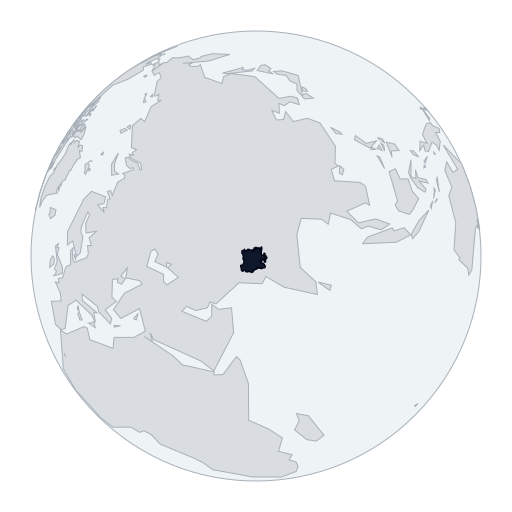 globe centered on Rajasthan, rotated 309°
{"feature_id": "IND-3250", "entity_name": "Rajasthan", "entity_type": "State", "adm_level": 1, "iso_a3": "IND", "parent_name": "India", "parent_adm1": "", "projection": "orthographic", "projection_center": [75.292, 26.62], "detail": "fine", "context": "on_globe", "style": "filled", "palette": "ink", "viewbox_px": 512, "rotation_deg": 309, "n_neighbors": 0, "source": "natural_earth", "source_scale": "10m", "svg_char_len": 15490}
<svg xmlns="http://www.w3.org/2000/svg" viewBox="0 0 512 512"><g transform="rotate(309 256 256)"><circle cx="256" cy="256" r="225" fill="#eef3f6" stroke="#a8b0b8"/><path d="M319.2,39.8L329.9,43.8L340.5,47.8L333.7,45.6L357.6,55.6L369.6,62.9L352.5,53.4L348.1,51.7L354.5,55.6L351.4,54.7L352.7,56.3L348.3,55.2L338.6,50.4L335.6,49.8L340.4,52.7L339.0,53.9L332.5,49.6L329.4,51.4L312.6,45.2L298.7,37.2L285.9,35.2L262.3,31.4L260.9,31.7L251.1,31.4L245.9,31.9L243.0,31.7L241.4,32.4L245.0,32.6L245.5,33.2L242.8,33.7L238.6,33.2L239.3,32.9L236.7,33.1L235.8,32.7L234.7,33.2L230.0,33.0L230.5,34.1L223.3,34.7L221.3,34.4L226.9,33.2L233.1,31.9L250.4,30.8L267.8,31.0L285.2,32.6L302.3,35.5L319.2,39.8ZM205.6,36.4L209.1,35.7L202.5,37.4L193.3,39.8L188.7,41.0L184.5,42.4L184.1,42.8L171.0,47.4L154.4,54.9L152.8,55.7L169.8,47.9L187.5,41.4L205.6,36.4ZM348.8,51.3L344.9,49.4L349.7,51.6L348.8,51.3ZM353.6,56.8L355.7,57.7L355.5,58.2L353.6,56.8ZM212.4,35.0L210.8,35.3L210.7,35.3L212.4,35.0ZM216.2,34.3L217.2,34.1L219.1,33.8L218.5,33.9L216.2,34.3ZM348.6,57.1L347.6,57.9L347.0,56.2L348.6,57.1ZM214.5,34.8L222.5,33.3L225.8,32.8L226.1,33.1L214.5,34.8ZM346.0,57.9L343.7,60.6L348.2,62.7L334.2,58.8L340.8,57.4L339.2,54.8L342.7,57.0L346.0,57.9ZM247.4,32.5L243.3,32.3L249.2,32.1L247.4,32.5ZM251.0,32.3L268.3,32.0L272.9,33.0L266.2,32.7L274.1,34.1L267.8,34.6L262.0,34.0L260.3,33.1L259.2,34.1L251.0,32.3ZM326.9,56.6L324.9,56.8L325.1,55.7L326.9,56.6ZM246.1,33.4L249.2,33.0L253.4,33.8L248.0,34.6L248.4,34.1L246.1,33.4ZM279.2,34.3L281.4,35.3L276.9,35.9L277.1,36.5L268.0,34.7L279.2,34.3ZM246.0,34.2L245.1,35.1L240.6,35.3L243.4,33.8L246.0,34.2ZM256.8,33.7L258.5,34.2L255.8,34.2L256.8,33.7ZM224.3,37.4L227.9,36.5L230.4,36.8L224.3,37.4ZM245.0,35.5L246.6,35.4L248.0,35.5L246.4,36.2L245.0,35.5ZM265.5,35.5L263.1,35.7L268.9,36.2L265.8,37.0L260.3,35.8L261.3,36.7L260.4,36.9L257.0,35.7L265.5,35.5ZM249.1,37.4L241.0,36.7L233.8,38.0L231.4,37.7L243.5,35.8L249.1,37.4ZM254.0,36.5L250.4,36.9L249.2,36.1L251.0,35.4L254.0,36.5ZM265.6,38.1L271.9,37.1L272.8,37.5L265.6,38.1ZM247.2,37.9L249.2,38.1L246.8,38.1L247.2,37.9ZM260.2,38.1L262.3,37.6L263.3,38.0L260.2,38.1ZM251.4,39.0L248.8,38.7L249.9,38.0L251.4,39.0ZM255.6,38.7L256.6,39.4L251.9,38.0L256.4,38.4L255.6,38.7ZM260.9,38.5L262.2,38.6L259.8,38.7L260.9,38.5ZM248.7,41.9L242.5,40.4L244.9,38.8L250.6,40.5L248.7,41.9ZM32.6,237.2L38.4,199.8L41.9,191.0L47.1,177.2L75.3,150.8L76.2,157.9L92.7,166.7L93.8,170.2L86.4,179.5L94.3,203.0L103.4,196.9L116.0,212.4L128.0,217.2L141.9,198.6L122.4,190.3L124.5,179.0L144.5,177.1L162.3,185.3L163.7,181.2L157.0,168.5L165.8,163.4L155.2,163.6L156.0,168.7L149.5,169.3L148.3,164.8L151.5,163.0L147.4,159.2L133.5,169.8L132.8,176.1L119.3,172.6L116.9,183.0L111.6,185.6L113.6,169.1L117.0,164.4L117.0,144.7L112.2,149.1L111.9,168.3L109.9,165.6L103.5,172.8L106.8,165.2L108.4,144.1L99.3,141.0L79.6,153.3L76.0,151.0L76.7,143.3L92.0,125.4L98.4,132.8L103.9,127.5L109.6,116.4L111.0,119.9L114.1,116.6L117.2,119.3L128.4,115.1L132.6,117.3L143.6,108.5L147.2,108.7L139.7,113.7L136.7,118.7L147.8,125.3L151.9,124.5L158.2,118.5L160.5,121.5L165.1,114.9L174.8,116.5L166.9,109.4L174.1,103.2L183.5,100.7L184.4,97.6L169.1,101.8L164.2,104.8L162.3,109.2L147.8,117.5L142.6,116.9L152.3,104.2L145.9,102.4L156.3,94.2L191.5,86.4L202.8,87.5L207.4,102.0L201.0,104.8L196.1,100.8L194.5,110.1L197.5,106.6L199.4,109.5L206.8,105.1L208.5,106.9L212.6,99.9L215.5,101.6L212.8,106.1L226.1,102.0L233.9,104.9L236.1,103.2L236.3,100.6L246.1,106.5L247.3,105.1L244.5,102.5L245.1,98.0L249.9,92.7L253.0,95.0L251.7,97.2L253.6,105.9L249.7,112.0L251.4,112.5L255.6,107.8L253.3,97.2L255.3,93.4L257.4,98.0L256.7,96.0L258.7,94.9L263.6,96.2L261.8,91.0L279.3,78.0L290.5,79.9L290.4,85.0L306.0,80.5L317.5,84.4L314.9,81.8L320.6,78.8L317.1,77.4L316.3,76.1L329.4,69.4L334.9,70.1L337.6,65.6L336.3,64.5L332.4,63.5L334.2,58.8L348.2,62.7L350.4,65.0L357.6,66.4L361.8,71.8L368.6,77.3L369.0,83.4L374.4,87.8L376.6,87.9L385.5,94.5L396.2,108.8L377.8,96.6L359.8,77.9L366.3,85.1L362.0,83.5L362.5,86.3L367.3,91.8L369.7,92.3L362.6,103.7L368.5,120.9L375.1,118.0L382.1,121.8L394.6,142.1L392.9,174.7L402.3,182.7L404.8,189.0L400.9,194.4L397.1,185.3L390.6,183.4L389.1,177.8L381.6,184.3L379.1,176.6L374.5,186.1L379.4,191.6L386.9,188.1L384.0,200.4L395.3,209.2L399.7,222.1L391.2,248.7L377.8,259.0L377.6,263.4L370.7,259.9L363.9,269.7L378.7,290.6L379.1,297.3L366.9,312.4L366.2,307.6L347.9,298.4L346.2,314.7L360.1,325.6L365.0,339.8L355.0,336.8L349.9,324.4L343.4,320.7L343.9,306.8L336.3,287.0L326.1,292.1L325.8,283.7L313.7,267.5L298.4,274.2L275.0,297.5L273.6,318.8L264.7,328.0L249.4,297.5L246.3,276.6L238.3,278.2L224.5,259.6L193.6,255.1L191.4,249.2L185.1,250.8L175.7,243.5L173.1,233.8L166.4,233.1L174.0,258.6L181.4,259.5L190.5,252.0L191.0,260.6L200.4,269.5L182.3,286.9L140.1,295.6L139.7,279.3L126.5,228.8L128.9,224.3L129.0,223.8L129.1,222.7L124.1,229.6L123.1,219.9L126.2,253.9L125.1,267.3L139.5,296.4L137.2,298.3L143.0,304.9L165.7,304.1L165.1,309.3L152.1,330.4L123.7,353.7L129.6,375.0L131.2,391.1L118.3,396.4L124.3,409.1L118.3,410.2L121.2,416.7L119.1,421.0L113.9,422.8L99.8,414.6L95.1,408.4L82.2,392.5L62.6,356.7L62.1,344.9L59.2,332.8L49.5,300.2L51.3,287.0L49.7,278.9L45.7,276.5L44.3,266.7L42.3,264.0L32.9,252.5L32.6,237.2ZM59.8,168.1L57.6,171.9L59.8,168.1ZM177.5,205.0L190.6,209.1L191.2,194.8L196.3,195.4L194.6,190.5L191.1,193.8L188.0,180.9L196.0,178.7L197.7,172.9L193.3,171.4L179.2,177.7L183.6,195.7L177.9,200.2L177.5,205.0ZM128.2,97.9L127.0,101.1L122.4,104.0L117.2,102.8L123.7,98.5L128.2,97.9ZM126.3,105.2L137.5,93.9L141.2,94.7L137.2,96.0L138.5,97.7L132.5,100.4L125.1,113.0L120.7,116.4L113.4,111.4L118.3,110.9L119.2,107.5L126.3,105.2ZM159.4,69.0L164.3,65.6L166.0,71.5L161.3,74.1L155.7,72.7L158.1,68.8L159.4,69.0ZM213.5,36.3L215.2,35.7L216.4,35.7L215.8,36.2L213.5,36.3ZM225.8,37.0L207.0,39.4L208.1,38.7L195.8,41.7L193.8,41.2L201.8,39.1L191.1,41.3L197.5,39.2L190.0,41.1L208.0,36.5L213.4,35.2L208.2,36.8L209.8,37.2L212.2,37.0L222.8,35.7L235.1,33.7L238.8,34.4L238.1,35.4L235.7,36.0L234.1,35.2L232.0,36.5L227.8,36.0L225.8,37.0ZM227.6,54.9L226.8,52.4L221.9,57.6L217.7,56.0L217.4,56.7L212.2,56.8L205.4,58.3L204.3,57.2L202.1,58.3L198.6,58.6L195.2,59.9L192.1,58.6L187.7,60.2L188.7,58.7L182.0,61.9L185.5,59.0L181.4,59.6L180.1,62.0L171.3,55.0L164.8,55.2L157.5,57.3L164.6,52.9L176.0,48.6L188.4,45.6L193.6,46.4L195.9,44.6L199.0,44.6L195.9,46.0L202.6,43.9L204.4,44.4L215.4,43.5L223.9,40.9L228.2,40.8L225.7,42.1L231.7,41.1L229.9,43.6L232.9,43.7L234.1,46.6L227.7,49.5L231.5,49.4L232.6,51.9L227.6,54.9ZM248.8,42.8L242.0,45.9L236.3,46.8L236.5,41.5L234.1,41.1L234.0,38.4L242.2,37.4L241.4,38.2L242.6,38.8L239.6,38.8L242.9,39.3L242.0,40.5L244.4,41.2L241.5,42.0L248.8,42.8ZM98.5,168.0L100.0,169.8L103.1,171.3L99.1,176.1L98.5,168.0ZM99.2,153.6L101.1,154.1L96.9,161.1L95.4,159.5L99.2,153.6ZM105.6,148.8L101.5,153.6L102.8,150.1L105.6,148.8ZM141.8,114.0L144.2,114.4L143.0,116.0L140.1,117.7L141.8,114.0ZM212.3,72.1L212.7,70.0L214.3,69.7L219.4,65.6L222.9,66.8L221.2,69.8L212.3,72.1ZM136.6,200.7L131.1,203.2L130.2,200.5L132.3,200.2L136.6,200.7ZM112.7,189.4L116.5,194.6L111.5,190.7L112.7,189.4ZM217.0,72.7L218.7,70.8L219.4,72.6L217.0,72.7ZM225.7,67.5L227.1,69.3L223.9,66.5L225.7,67.5ZM239.5,473.4L243.3,474.6L239.4,474.5L239.5,473.4ZM164.8,397.3L159.5,421.6L150.1,419.3L145.2,410.9L145.1,395.5L155.0,393.3L159.1,386.7L164.8,397.3ZM409.4,361.4L414.2,360.6L413.9,361.5L409.4,361.4ZM404.5,360.1L410.2,358.5L403.3,362.3L404.5,360.1ZM412.4,357.8L418.2,354.1L420.7,351.7L420.1,353.8L412.4,357.8ZM400.5,361.4L377.5,367.1L368.1,366.8L370.6,363.0L385.9,360.4L400.5,361.4ZM369.8,363.0L355.0,356.4L332.7,331.2L340.7,330.7L363.7,344.3L362.3,347.5L371.2,353.3L369.8,363.0ZM404.5,337.1L403.0,346.3L390.6,348.9L384.8,349.0L380.9,338.6L383.1,332.2L388.0,331.2L405.2,306.4L411.5,309.4L406.6,319.5L411.6,325.8L404.5,337.1ZM274.8,320.7L280.7,332.9L275.7,335.1L274.8,320.7ZM410.9,290.0L404.8,301.0L410.0,287.2L410.9,290.0ZM413.3,277.6L414.3,282.0L411.0,278.5L413.3,277.6ZM378.6,269.8L373.5,272.0L372.8,268.8L378.9,264.1L378.6,269.8ZM403.0,233.1L405.1,242.8L404.9,246.3L401.5,241.2L403.0,233.1ZM249.4,84.2L238.4,88.2L232.8,92.8L233.3,97.6L227.9,93.0L236.5,85.9L249.4,84.2ZM275.3,78.3L274.8,74.7L278.1,75.6L278.7,76.5L275.3,78.3ZM272.8,76.7L266.3,73.7L268.1,71.3L272.8,74.0L272.8,76.7ZM241.3,72.2L237.8,73.2L237.3,71.5L241.3,72.2ZM418.1,412.4L417.3,413.2L421.5,407.7L417.7,411.5L423.8,404.5L417.1,411.7L418.6,408.4L415.3,409.3L381.1,432.4L375.1,433.4L379.8,428.3L380.7,416.0L382.9,415.6L385.4,406.0L407.5,390.4L424.2,367.9L432.8,364.9L441.5,348.7L449.2,345.0L444.8,356.6L450.4,358.0L460.1,331.7L457.6,352.4L457.6,356.2L454.9,361.8L444.2,379.8L431.9,396.7L418.1,412.4ZM421.2,358.1L428.3,348.8L431.7,346.8L421.2,358.1ZM477.2,298.8L477.0,299.5L477.3,298.1L477.2,298.8ZM477.9,295.0L478.2,293.3L478.0,294.4L477.9,295.0ZM477.8,293.7L477.8,295.3L477.7,294.4L477.8,293.7ZM477.4,295.3L477.1,295.1L477.2,294.4L477.4,295.3ZM468.4,311.1L470.3,318.0L467.6,321.1L465.1,317.9L461.1,327.0L453.4,331.8L455.8,326.5L455.2,321.1L445.9,324.3L444.1,321.3L447.7,316.6L441.0,316.9L448.5,311.2L451.1,318.0L455.1,309.1L461.1,306.6L466.2,305.2L469.5,307.8L468.4,311.1ZM447.6,329.5L448.8,328.8L447.5,331.9L447.6,329.5ZM476.4,292.8L476.9,295.1L476.7,296.3L476.3,296.6L476.4,292.8ZM470.4,305.5L474.2,294.6L474.9,293.7L472.2,304.2L470.4,305.5ZM473.7,291.1L475.1,290.1L475.6,293.0L475.2,294.4L473.7,291.1ZM432.6,329.5L432.1,331.9L430.1,331.0L432.6,329.5ZM435.3,326.9L441.3,326.5L434.7,329.1L435.3,326.9ZM415.0,326.7L417.0,331.5L423.5,325.6L418.6,332.5L422.5,339.9L420.9,343.9L417.0,335.7L414.9,346.3L412.0,347.1L410.8,339.0L414.0,327.4L416.9,322.0L428.4,315.9L415.0,326.7ZM435.4,320.2L433.8,314.4L434.9,309.6L436.8,312.2L435.4,320.2ZM428.0,300.8L422.7,295.0L418.5,299.6L426.4,285.6L430.3,293.5L428.0,300.8ZM422.5,285.6L418.6,289.8L422.2,282.0L422.5,285.6ZM417.3,287.6L416.1,282.4L419.6,281.9L417.3,287.6ZM424.7,285.1L424.3,275.7L426.6,280.4L424.7,285.1ZM413.0,270.9L421.4,277.2L411.6,276.7L408.2,259.3L412.1,257.5L413.0,270.9ZM416.3,192.5L413.6,188.0L416.4,185.5L417.4,189.3L416.3,192.5ZM422.9,175.0L416.3,183.5L410.5,190.9L413.7,192.3L414.9,201.3L408.6,194.9L410.5,183.6L415.4,179.6L413.4,172.3L415.3,166.0L410.6,157.9L410.5,153.6L416.3,159.8L422.9,175.0ZM408.3,154.7L400.9,140.2L407.3,139.8L410.4,142.8L411.1,149.5L407.7,149.3L408.3,154.7ZM401.0,136.7L397.5,136.6L379.4,118.7L377.1,114.9L394.4,127.4L392.1,128.1L395.4,132.8L401.0,136.7ZM327.0,57.9L325.1,56.9L327.5,57.4L327.0,57.9ZM314.2,75.4L313.6,73.6L316.5,74.0L314.2,75.4ZM313.3,69.0L310.5,69.8L312.1,67.9L313.3,69.0ZM304.4,72.0L308.7,69.7L306.5,73.4L304.4,72.0Z" fill="#d9dde1" stroke="#a8b0b8" stroke-width="1"/><path d="M242.5,250.9L243.0,250.9L244.1,250.6L244.2,250.0L244.3,249.9L244.6,249.5L245.1,249.1L245.3,248.7L245.5,247.9L245.9,247.4L247.8,246.5L247.9,246.4L249.0,244.5L249.5,243.0L250.1,242.6L250.7,242.5L251.4,242.0L251.4,241.9L251.5,241.9L251.5,242.1L251.3,242.6L251.2,242.8L253.4,242.9L253.3,243.0L253.5,243.2L253.5,243.3L253.2,243.4L253.2,243.6L253.3,243.7L253.6,243.6L253.5,244.3L253.7,244.6L253.6,244.8L253.4,244.9L253.7,245.3L253.8,245.3L253.8,245.2L254.2,245.2L254.4,245.1L254.7,245.2L254.9,245.5L255.1,245.5L255.3,245.7L255.6,245.6L255.9,245.6L256.1,245.5L256.3,245.6L256.4,245.9L256.3,246.0L256.5,246.6L256.8,246.7L256.8,246.8L256.7,246.9L257.0,248.0L257.4,248.5L257.7,248.7L257.7,248.9L257.8,248.9L258.1,249.0L258.3,249.2L258.7,249.9L258.3,250.1L258.5,250.1L258.3,250.6L258.2,250.7L258.2,250.8L258.4,251.0L258.9,251.1L259.1,251.3L259.2,251.2L259.1,250.9L259.0,250.4L259.3,250.2L259.5,250.4L259.6,250.2L259.5,249.9L260.0,249.9L260.1,250.1L260.0,250.3L260.3,250.4L260.3,250.6L260.5,250.5L260.7,250.2L261.1,249.9L261.2,249.7L261.4,249.6L261.7,249.9L261.7,250.0L261.6,250.3L261.7,251.1L261.6,251.3L261.6,251.5L261.6,251.8L261.9,251.8L262.0,251.6L262.1,251.4L262.3,251.3L262.5,251.2L262.6,251.3L262.7,251.2L262.7,251.3L262.8,251.3L263.0,251.6L263.1,251.8L263.1,252.0L263.1,252.3L263.4,252.6L263.5,252.9L263.9,253.1L264.1,253.1L264.1,253.3L264.3,253.6L264.2,253.7L264.1,253.8L263.8,254.0L263.7,254.1L263.8,254.2L263.9,254.3L264.1,254.3L264.2,254.2L264.3,254.4L264.5,254.3L263.5,254.9L263.4,255.0L263.4,255.3L263.5,255.3L263.6,255.1L263.8,255.1L264.2,254.9L264.5,254.7L265.0,254.8L265.1,254.7L265.4,254.8L265.5,254.9L265.7,254.7L265.9,254.6L266.1,254.6L266.3,254.6L266.2,254.9L266.2,255.1L265.9,255.2L265.9,255.4L265.8,255.6L265.6,255.6L265.2,255.7L265.1,255.9L264.9,256.0L264.6,256.2L264.5,256.4L264.2,256.5L263.8,256.7L263.6,256.7L263.5,256.9L263.2,257.0L262.8,257.4L262.5,257.5L262.4,257.5L262.1,257.7L262.0,257.9L261.7,258.0L261.4,258.3L261.3,258.5L261.1,258.7L260.8,258.7L260.7,258.9L260.4,259.0L260.3,259.4L260.2,259.5L260.5,260.5L260.8,260.8L261.0,260.9L261.2,261.0L261.6,261.0L261.8,261.1L262.1,261.1L262.4,260.9L262.7,261.0L262.8,260.9L262.9,260.7L263.1,260.6L263.3,260.7L263.3,260.9L263.4,261.0L263.5,261.5L263.4,261.7L263.2,261.9L262.8,261.8L262.4,262.0L262.1,262.0L261.6,262.2L261.5,262.3L261.7,262.8L261.3,262.9L261.3,263.0L261.6,263.3L261.9,263.3L262.2,263.5L262.3,263.7L262.3,264.0L262.2,264.1L261.8,264.3L261.7,264.3L261.7,264.0L261.4,264.0L261.5,264.9L261.7,265.4L261.6,265.6L261.3,265.6L260.9,265.4L261.0,265.1L260.9,265.1L260.6,265.2L260.5,265.4L260.4,265.5L260.2,265.2L259.9,265.3L259.6,265.2L259.3,265.2L259.2,265.1L259.2,264.9L259.0,265.1L259.0,265.8L258.8,265.9L258.5,266.1L258.5,266.3L257.8,266.8L257.6,266.6L257.6,266.9L257.4,267.1L257.1,267.0L257.0,266.8L256.8,266.6L256.7,266.3L256.9,266.1L257.2,266.3L257.4,266.2L257.6,266.3L257.8,265.9L257.7,265.7L257.8,265.3L257.8,265.1L257.6,265.0L257.6,264.6L257.7,264.4L258.0,264.4L258.1,263.9L257.9,263.7L257.6,263.2L257.3,263.4L256.6,263.5L255.6,263.4L255.7,263.1L255.6,262.8L255.8,263.0L256.0,263.0L256.4,262.8L256.3,262.7L256.0,262.8L255.8,262.7L256.0,262.7L256.0,262.4L256.1,262.1L255.8,262.2L255.4,262.2L255.3,262.5L255.3,262.8L255.1,262.8L254.9,262.9L254.6,262.8L254.5,262.7L254.3,262.7L254.4,262.9L254.4,263.2L254.8,263.2L254.8,263.6L254.5,263.7L254.4,263.7L254.3,263.4L254.2,263.3L254.2,263.2L254.1,263.4L254.2,263.7L253.9,264.2L254.0,264.3L254.4,264.5L254.1,264.9L254.0,265.2L254.0,265.3L254.3,265.3L254.5,265.4L254.6,265.8L254.8,266.1L254.6,266.9L254.6,267.1L254.7,267.4L254.7,267.6L254.4,268.2L254.3,268.3L253.6,268.6L253.4,268.8L253.2,269.1L253.3,269.2L253.7,269.3L253.9,269.6L253.0,270.0L252.7,269.9L252.5,270.1L252.2,269.6L251.9,269.6L251.7,269.2L251.2,268.8L250.9,268.9L250.6,268.5L250.3,268.6L250.1,268.5L250.0,267.8L249.9,267.7L249.6,267.8L249.6,267.4L249.4,267.4L249.2,267.1L249.1,266.6L249.3,266.5L249.2,266.1L249.0,265.8L248.9,266.1L248.7,266.2L248.5,265.9L248.1,265.6L248.1,265.4L248.2,265.1L248.3,264.9L248.5,264.9L248.5,264.7L248.4,264.7L248.1,264.6L248.1,264.2L247.8,264.3L247.7,264.4L247.6,264.7L247.4,264.8L246.8,264.7L246.6,264.4L246.2,264.2L245.9,264.5L245.7,264.3L245.7,264.1L245.4,264.0L245.1,263.8L245.4,263.8L245.4,263.7L244.9,263.7L244.6,263.6L244.4,263.4L244.2,263.4L244.0,263.6L243.7,263.4L243.6,263.5L243.4,263.5L242.9,263.5L242.6,263.4L242.3,263.4L242.1,263.5L241.8,263.5L241.5,263.6L240.9,263.3L240.7,262.9L240.4,262.3L240.2,261.5L239.8,261.0L239.7,260.8L239.5,260.5L239.6,259.4L239.4,259.3L239.0,259.4L238.5,259.4L238.2,259.3L238.1,259.1L238.0,258.9L237.6,258.3L237.5,258.1L237.6,257.7L237.9,257.2L238.0,256.0L237.9,255.9L237.6,255.7L236.8,255.7L236.6,255.7L236.2,255.3L235.7,255.1L235.6,254.8L235.8,253.9L235.9,253.6L236.0,253.3L237.0,252.5L237.2,252.2L237.6,251.8L238.0,250.9L238.8,250.2L239.2,250.1L239.6,250.3L239.8,250.5L239.8,250.9L239.9,251.1L240.1,251.3L240.5,251.5L240.8,251.4L241.9,251.0L242.5,250.9Z" fill="#0f172a" stroke="#020617" stroke-width="1.5"/></g></svg>